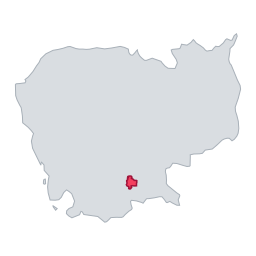 location of S'ang, Kândal, Cambodia
{"feature_id": "14789045B53905428212695", "entity_name": "S'ang", "entity_type": "district", "adm_level": 2, "iso_a3": "KHM", "parent_name": "Cambodia", "parent_adm1": "Kândal", "projection": "albers", "projection_center": [105.024, 11.319], "detail": "fine", "context": "in_parent", "style": "filled", "palette": "rose", "viewbox_px": 256, "rotation_deg": 0, "n_neighbors": 0, "source": "geoboundaries", "source_scale": "gbopen_adm2", "svg_char_len": 4846}
<svg xmlns="http://www.w3.org/2000/svg" viewBox="0 0 256 256"><path d="M236.5,33.8L237.2,36.2L235.4,40.8L233.6,44.9L230.0,48.6L229.9,51.2L228.7,59.2L229.2,61.7L230.1,63.8L231.2,65.0L234.4,72.7L237.3,79.8L240.1,85.5L240.6,89.2L238.2,98.5L235.2,107.1L235.5,111.3L236.9,115.6L238.3,121.3L238.8,128.5L238.1,133.3L236.8,136.2L234.3,139.3L232.0,140.8L229.3,138.3L227.1,138.2L224.2,139.0L222.0,140.2L217.4,144.6L212.3,149.0L205.2,150.1L202.4,153.3L199.5,153.8L193.8,154.0L190.2,154.8L190.3,156.4L190.1,164.0L190.1,165.7L189.6,166.2L187.0,166.5L182.7,165.3L176.9,163.5L172.7,163.2L170.6,166.5L169.3,167.8L167.7,168.0L166.1,168.6L165.5,170.1L165.4,171.9L166.2,175.1L166.5,180.1L166.3,183.5L167.9,185.7L176.8,192.9L179.5,194.7L179.8,195.8L178.2,199.8L179.6,205.3L176.8,205.2L172.2,202.9L169.9,201.4L167.2,202.6L166.3,202.4L164.4,199.6L162.0,196.8L159.6,196.7L154.4,197.8L149.0,198.6L147.0,198.6L146.2,199.1L143.1,203.2L141.8,202.5L136.4,200.9L131.5,200.3L130.5,201.4L131.1,204.8L132.2,208.1L131.6,209.5L128.9,211.2L125.3,214.4L123.1,216.8L121.6,217.4L116.2,217.3L110.8,217.6L108.6,219.9L106.6,221.7L104.8,222.2L97.8,216.5L83.8,214.5L82.3,211.9L80.9,211.4L79.6,214.7L71.9,217.8L68.7,215.9L66.4,213.6L66.7,210.8L69.0,208.5L72.8,206.9L74.6,201.1L71.7,193.7L69.2,191.6L66.5,189.9L63.7,192.6L61.3,197.3L58.8,199.7L55.3,200.2L50.1,200.0L48.2,192.9L47.6,186.9L48.3,180.1L49.1,176.0L44.2,170.4L44.0,165.0L41.6,162.2L40.9,163.6L41.0,165.2L40.3,164.1L32.6,148.3L31.4,141.1L32.8,135.5L33.6,133.6L31.3,130.6L28.2,127.3L22.7,122.8L22.4,115.9L21.2,107.7L19.6,104.9L17.1,99.9L15.7,95.7L15.4,84.7L16.1,83.8L20.0,83.5L25.1,82.8L25.9,81.0L25.0,79.5L28.2,77.1L32.9,71.6L36.5,65.9L39.1,62.4L40.7,58.8L45.9,53.8L53.1,50.3L57.9,49.5L63.0,48.3L67.8,46.7L70.1,46.5L76.1,48.6L79.4,49.1L82.8,49.1L86.3,49.4L89.4,49.2L96.8,47.7L104.6,48.9L111.6,48.0L120.2,46.4L124.4,47.4L128.3,49.1L128.8,52.4L129.7,54.0L131.0,55.1L132.7,55.1L134.9,52.8L136.8,50.4L137.4,49.9L137.5,51.1L138.4,53.7L140.0,56.3L141.7,58.0L144.5,60.3L146.3,60.4L152.2,58.2L161.0,61.3L162.1,62.9L165.0,66.1L168.1,68.3L175.0,68.5L177.4,62.9L176.2,59.4L172.3,53.5L171.2,50.0L172.4,49.4L179.1,48.7L180.2,48.0L181.6,44.2L183.4,44.6L187.1,45.1L191.0,42.4L193.3,39.6L194.6,40.9L196.0,42.8L197.5,43.9L200.3,45.6L203.4,47.9L205.4,50.2L206.9,51.1L210.9,50.4L211.9,50.5L214.2,47.7L215.8,46.2L217.2,46.6L219.2,46.5L223.3,43.0L225.6,39.7L226.9,38.8L230.6,40.4L232.1,40.1L234.2,35.6L236.5,33.8ZM45.6,183.7L44.8,184.1L44.1,184.1L43.4,183.4L43.5,180.9L44.0,179.4L45.3,179.1L45.6,183.7ZM57.2,208.6L55.6,210.2L53.1,206.7L53.1,205.8L57.2,208.6Z" fill="#d9dde1" stroke="#a8b0b8" stroke-width="1"/><path d="M126.8,182.0L127.0,182.1L127.0,182.4L127.0,182.6L127.0,182.9L127.0,183.0L127.0,183.4L126.9,183.6L126.8,183.8L126.7,184.0L126.5,184.4L126.5,184.5L126.4,184.6L126.5,184.8L126.6,185.0L126.6,185.3L126.7,185.5L126.8,185.6L126.9,185.8L127.0,185.8L127.3,186.0L127.5,186.1L127.8,186.2L127.9,186.3L128.0,186.3L128.2,186.5L128.3,186.5L128.5,186.6L128.7,186.8L128.8,187.0L128.8,187.3L128.9,187.5L128.9,187.8L128.8,188.0L128.7,188.3L128.7,188.5L128.8,188.6L129.0,188.8L129.3,188.9L129.5,188.9L130.3,188.9L130.5,188.8L130.5,188.7L130.4,188.6L130.5,188.4L130.8,188.3L130.9,188.2L131.0,188.2L131.1,187.9L131.3,187.8L131.4,187.7L131.5,187.6L131.6,187.4L131.3,187.2L131.2,187.0L131.2,186.9L131.2,186.7L131.3,186.5L131.3,186.4L131.3,186.2L131.2,186.0L131.2,185.9L131.3,185.9L131.5,185.8L131.9,185.7L132.0,185.8L132.3,185.8L132.6,185.8L132.8,185.8L133.0,185.8L133.3,185.8L133.6,185.8L133.8,185.8L134.0,185.9L134.3,185.9L134.5,185.9L134.8,185.8L135.1,185.8L135.3,185.9L135.5,185.8L135.8,185.8L136.0,185.8L136.3,185.8L136.5,185.8L136.5,185.4L136.5,185.2L136.5,184.8L136.5,183.3L136.5,183.2L136.7,182.9L136.8,182.6L136.8,182.4L136.8,182.2L136.7,181.9L136.8,181.7L136.8,181.4L136.8,181.2L136.8,180.9L136.7,180.9L136.7,180.6L136.4,180.5L136.3,180.4L136.2,180.4L135.9,180.4L135.7,180.4L135.4,180.4L135.2,180.4L134.9,180.4L134.7,180.4L134.3,180.4L134.2,180.3L134.1,180.2L133.9,179.9L133.6,179.7L133.4,179.5L133.4,179.4L133.2,179.2L132.9,179.1L132.7,179.0L132.5,178.9L132.4,178.8L132.2,178.8L132.1,178.7L131.9,178.6L131.6,178.5L131.4,178.4L131.4,178.2L131.5,178.2L131.7,177.9L131.8,177.8L131.9,177.7L131.9,177.4L131.9,177.2L131.8,176.9L131.7,176.7L131.5,176.4L131.4,176.3L131.3,176.2L131.2,176.2L130.9,176.1L130.7,176.1L130.3,176.0L130.2,176.0L129.9,176.0L129.7,176.0L129.4,176.1L129.2,176.1L128.8,176.2L128.6,176.2L128.4,176.2L127.9,176.5L128.4,177.4L128.4,177.5L127.8,177.5L127.8,177.8L127.7,177.8L127.5,178.0L127.4,178.1L127.5,178.3L127.6,178.5L127.8,178.8L127.8,179.0L127.8,179.3L127.7,179.4L127.7,179.5L127.5,179.8L127.4,179.9L127.4,180.0L127.2,180.1L127.0,180.3L126.9,180.4L126.8,180.5L126.7,180.5L126.7,180.8L126.7,181.0L126.7,181.3L126.7,181.5L126.8,181.6L126.8,181.8L126.8,182.0L126.8,182.0Z" fill="#f43f5e" stroke="#9f1239" stroke-width="1.5"/></svg>